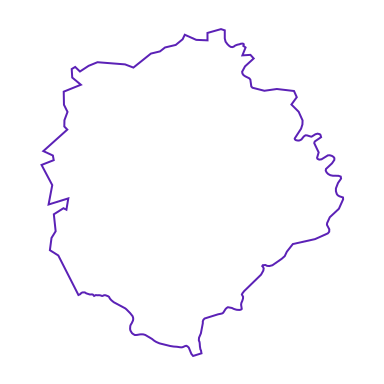 outline of Cuenca, rotated 92°
{"feature_id": "ESP-5818", "entity_name": "Cuenca", "entity_type": "Autonomous Community", "adm_level": 1, "iso_a3": "ESP", "parent_name": "Spain", "parent_adm1": "", "projection": "orthographic", "projection_center": [-2.034, 39.943], "detail": "fine", "context": "isolated", "style": "outline", "palette": "violet", "viewbox_px": 384, "rotation_deg": 92, "n_neighbors": 0, "source": "natural_earth", "source_scale": "10m", "svg_char_len": 3128}
<svg xmlns="http://www.w3.org/2000/svg" viewBox="0 0 384 384"><g transform="rotate(92 192 192)"><path d="M352.9,176.9L355.8,185.2L353.8,187.0L347.6,189.8L346.4,191.2L345.9,192.4L346.2,193.5L347.2,195.5L347.6,196.7L347.6,198.3L347.2,201.6L347.1,204.9L346.7,208.3L344.4,219.2L343.1,222.5L342.0,224.5L340.2,226.9L336.5,233.7L336.0,235.7L336.0,237.4L336.1,238.9L336.8,242.2L336.9,244.2L336.1,245.7L335.2,247.0L333.9,247.9L332.6,248.7L331.0,249.1L328.0,249.0L326.6,248.5L325.3,247.7L322.5,246.5L321.0,246.3L319.6,246.5L318.1,247.1L315.2,249.6L311.6,253.4L310.6,254.7L304.9,266.3L303.0,268.8L301.3,270.4L299.8,271.2L299.2,272.0L298.4,274.2L298.2,275.0L298.2,275.8L298.3,276.4L298.7,277.2L299.0,277.9L299.0,278.0L299.0,278.4L298.6,279.6L298.4,280.6L298.4,281.6L298.5,282.7L298.4,284.6L298.8,285.4L299.0,285.6L299.1,285.8L299.3,286.2L298.8,286.7L298.1,287.3L297.8,288.2L298.0,290.5L297.0,294.1L296.1,295.6L296.1,296.8L296.2,297.9L296.6,298.8L297.3,299.6L298.0,300.1L298.9,301.9L260.1,323.4L255.1,332.0L242.8,330.8L236.0,326.9L219.1,329.3L212.7,319.9L214.1,316.9L202.7,315.4L209.5,334.9L190.0,331.9L170.2,343.3L165.0,331.3L160.4,332.3L156.3,342.0L134.0,318.8L131.0,321.9L124.7,322.0L116.3,319.2L109.3,323.0L96.2,323.7L88.7,306.8L81.8,315.7L73.3,316.5L71.1,313.1L75.5,308.2L69.5,299.7L65.6,291.0L66.8,263.4L69.7,254.9L55.1,237.9L52.6,228.9L48.5,224.0L45.6,213.4L39.7,206.7L35.1,204.7L39.8,193.1L39.9,181.8L32.5,182.1L28.2,168.7L29.3,164.9L37.4,164.6L40.6,163.7L43.1,161.7L44.7,159.9L45.6,158.4L45.8,156.8L45.3,155.4L44.3,154.2L43.6,152.8L43.1,151.4L42.7,149.7L42.1,148.3L41.9,146.4L42.4,145.5L43.0,145.4L44.2,145.8L45.7,143.5L53.7,146.4L52.9,138.4L56.4,135.0L64.6,143.4L70.1,146.1L71.9,145.7L73.4,144.6L74.5,142.9L76.4,138.7L77.7,137.6L84.5,136.4L85.7,135.2L88.3,123.2L86.1,110.8L87.5,93.6L93.6,90.6L101.1,95.7L108.1,88.2L116.6,84.0L120.6,84.0L124.9,85.2L134.9,91.2L135.8,91.0L136.5,90.1L136.8,88.8L136.9,87.5L136.7,86.3L135.7,84.5L132.6,82.2L131.4,80.6L131.4,79.1L132.4,75.4L132.5,74.4L130.0,70.7L129.3,68.5L129.8,66.3L130.5,65.6L132.7,64.9L137.0,70.8L138.0,71.4L139.0,71.5L148.0,66.8L153.5,68.2L154.5,67.7L155.2,66.0L154.8,63.7L150.6,57.4L150.5,55.5L151.0,53.5L152.0,51.8L153.2,50.9L155.0,50.9L158.5,53.1L164.3,58.9L166.0,59.1L167.8,58.1L169.3,56.5L170.4,54.3L170.8,51.9L170.7,46.2L171.4,43.9L173.4,43.5L177.9,46.4L183.4,48.3L186.2,48.2L189.0,47.2L190.2,46.2L191.1,44.6L192.2,40.9L194.0,40.7L203.6,44.6L212.4,53.4L218.4,55.9L220.1,56.0L224.5,53.5L226.9,53.5L228.6,54.8L234.8,67.4L240.5,89.4L248.3,95.1L252.9,97.1L255.7,100.1L262.4,109.1L263.3,112.1L263.2,114.4L262.4,116.1L262.7,118.7L263.6,119.2L264.3,118.5L265.8,117.7L268.1,118.0L272.2,120.1L289.2,136.4L291.4,138.0L292.7,138.6L294.9,137.3L296.6,137.3L298.9,137.9L301.2,138.8L303.0,139.0L307.1,138.2L307.9,139.1L308.2,140.4L308.2,142.0L308.1,143.5L307.4,146.1L306.5,148.1L305.9,152.1L306.6,153.2L307.7,154.3L311.6,156.6L312.3,157.6L312.7,159.0L313.3,161.6L318.0,175.0L319.4,176.2L321.0,176.7L322.7,176.6L333.0,178.2L337.4,179.9L339.9,180.0L341.2,179.5L341.5,179.3L343.1,179.0L346.0,178.7L349.0,178.1L350.0,177.5L352.9,176.9Z" fill="none" stroke="#5b21b6" stroke-width="2"/></g></svg>